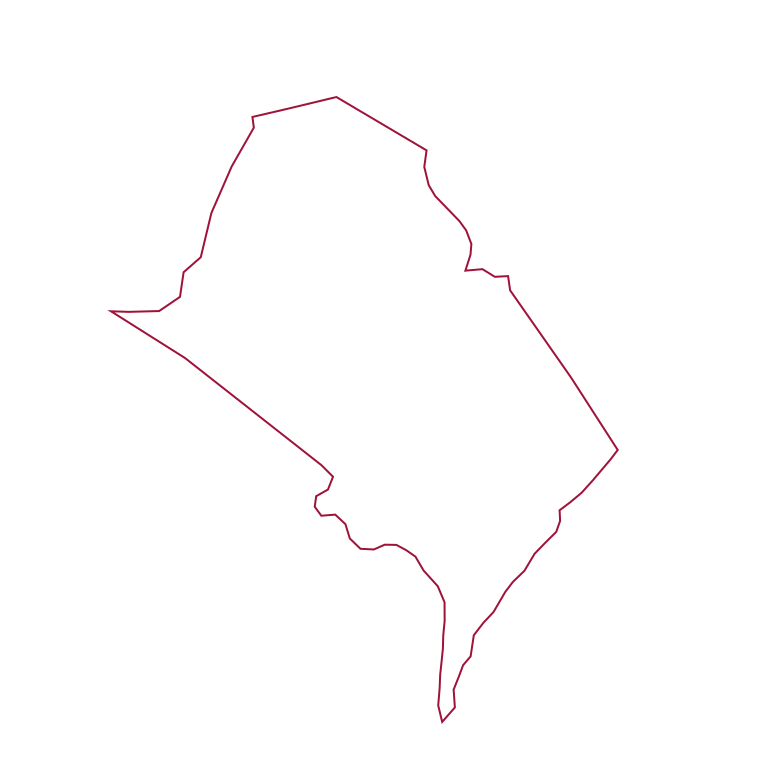 Areia de Baraúnas, Paraíba, Brazil, rotated 316°
{"feature_id": "56859067B67861482735217", "entity_name": "Areia de Baraúnas", "entity_type": "district", "adm_level": 2, "iso_a3": "BRA", "parent_name": "Brazil", "parent_adm1": "Paraíba", "projection": "orthographic", "projection_center": [-36.973, -7.117], "detail": "fine", "context": "isolated", "style": "outline", "palette": "rose", "viewbox_px": 768, "rotation_deg": 316, "n_neighbors": 0, "source": "geoboundaries", "source_scale": "gbopen_adm2", "svg_char_len": 1078}
<svg xmlns="http://www.w3.org/2000/svg" viewBox="0 0 768 768"><g transform="rotate(316 384 384)"><path d="M576.9,245.5L549.1,144.5L503.4,117.6L474.9,100.5L468.4,109.2L425.6,121.7L378.6,141.1L340.3,165.5L317.5,164.4L297.8,179.6L272.9,175.3L250.3,154.6L238.1,142.0L258.9,227.1L282.6,398.9L282.9,415.3L270.4,421.0L257.3,417.6L248.9,424.2L247.4,435.2L258.2,444.1L258.9,458.0L252.1,471.4L252.6,486.2L261.8,496.0L272.9,500.1L281.1,508.3L284.5,518.8L286.7,530.0L282.9,545.7L282.2,566.9L275.9,583.1L263.0,596.6L252.1,605.9L242.6,615.2L234.0,622.5L222.3,632.3L213.0,641.2L199.7,652.9L191.1,667.5L210.3,665.9L221.8,652.2L234.5,646.5L245.6,641.2L257.1,640.1L274.1,627.1L289.7,624.8L304.4,624.1L326.8,617.8L339.2,615.9L355.3,615.9L374.5,610.7L390.8,610.2L405.2,610.0L415.6,604.8L422.6,596.8L435.5,598.4L450.5,599.5L466.7,598.4L494.6,595.6L506.3,593.8L523.1,509.0L539.8,404.2L548.2,392.6L538.2,383.9L534.6,369.8L521.3,359.0L536.0,351.1L544.1,344.0L549.8,330.6L551.4,319.4L551.4,301.1L551.4,284.3L554.3,272.0L563.8,255.8L576.9,245.5Z" fill="none" stroke="#9f1239" stroke-width="2"/></g></svg>